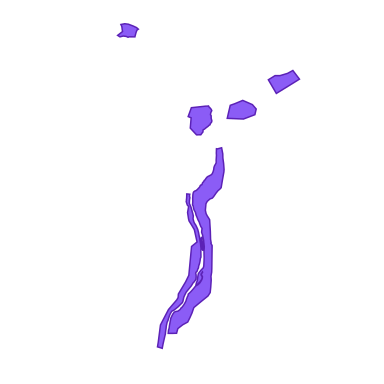 Aswan, Aswan, Egypt (Albers equal-area conic projection), rotated 187°
{"feature_id": "37247803B17658865613215", "entity_name": "Aswan", "entity_type": "district", "adm_level": 2, "iso_a3": "EGY", "parent_name": "Egypt", "parent_adm1": "Aswan", "projection": "albers", "projection_center": [32.887, 24.103], "detail": "fine", "context": "isolated", "style": "filled", "palette": "violet", "viewbox_px": 384, "rotation_deg": 187, "n_neighbors": 0, "source": "geoboundaries", "source_scale": "gbopen_adm2", "svg_char_len": 5189}
<svg xmlns="http://www.w3.org/2000/svg" viewBox="0 0 384 384"><g transform="rotate(187 192 192)"><path d="M173.0,237.9L173.0,237.5L172.9,236.7L172.8,235.9L172.6,233.5L172.2,231.4L171.9,226.4L171.7,225.2L171.6,223.8L172.1,222.4L172.8,220.9L173.0,220.0L173.2,219.2L173.2,216.9L173.5,214.9L174.0,213.1L174.7,211.7L175.5,211.1L176.9,210.1L177.9,209.5L179.0,208.5L179.9,207.0L180.5,205.7L181.3,204.9L181.7,203.6L182.3,203.0L182.8,202.0L182.9,201.0L183.3,200.2L183.7,200.2L184.2,199.9L184.6,199.4L184.8,198.5L185.3,197.4L186.1,196.4L187.0,195.1L188.3,193.8L189.5,193.2L190.4,192.2L190.7,191.1L190.8,189.4L190.5,185.3L190.2,183.7L190.0,181.5L189.9,179.3L189.1,178.2L188.6,176.5L187.8,174.5L186.1,172.2L185.2,169.7L184.1,167.8L182.7,165.2L181.1,162.9L180.6,161.7L179.1,158.9L178.3,157.9L177.6,157.1L177.6,155.3L177.6,153.9L177.5,153.0L176.3,150.7L175.8,149.1L174.6,145.6L174.2,143.6L173.7,141.7L173.2,139.6L173.0,137.6L172.9,134.7L172.5,131.8L172.0,128.7L171.7,125.4L171.4,121.5L171.3,119.8L171.6,118.0L172.2,117.4L172.9,116.3L173.7,115.3L175.2,112.7L175.7,111.8L175.9,109.2L175.9,107.1L176.0,104.5L176.3,103.3L176.6,102.1L176.8,100.0L176.3,100.2L175.5,100.8L174.5,102.1L173.0,104.0L172.5,105.1L172.0,105.9L171.7,106.7L171.5,107.8L171.5,108.2L171.5,109.0L171.9,109.6L172.5,110.2L172.8,110.7L173.0,111.3L172.9,111.8L172.8,112.2L172.7,112.3L172.4,112.6L172.2,113.2L172.1,113.6L171.9,114.0L171.7,113.7L172.1,112.8L172.5,112.2L172.6,111.3L172.4,110.8L172.1,110.2L171.6,109.8L171.3,109.2L171.3,108.5L171.3,107.5L171.5,106.6L172.0,105.0L172.5,104.2L172.9,103.1L173.6,102.2L174.3,101.3L174.9,100.6L175.7,100.1L176.3,99.6L176.7,99.3L177.1,98.9L177.9,97.6L178.9,96.0L179.7,94.8L181.1,92.8L181.9,91.8L182.9,90.6L183.3,90.1L183.3,88.6L183.8,87.5L184.1,86.2L184.4,85.0L184.7,83.2L185.2,81.7L185.6,80.8L186.2,79.3L186.8,78.2L187.2,77.5L187.7,76.7L188.1,76.0L188.8,75.5L189.2,74.4L189.9,73.5L191.5,72.0L192.2,71.8L193.6,71.4L195.0,70.6L195.6,69.4L196.2,68.4L197.0,66.1L197.4,64.8L197.6,64.4L197.8,61.6L198.0,58.2L198.1,56.8L198.1,55.5L198.1,55.0L198.1,54.0L198.5,52.0L198.4,48.8L196.7,49.0L194.1,49.3L191.5,49.7L190.3,49.9L190.1,49.9L189.4,54.7L185.0,59.1L180.4,62.4L178.8,66.9L177.3,71.8L176.1,77.5L169.5,84.5L163.5,90.7L161.7,94.4L161.8,99.5L162.2,106.9L162.9,110.7L162.7,114.8L163.0,118.3L165.5,141.3L167.0,143.4L166.8,143.9L167.8,147.3L168.3,150.6L169.0,155.2L170.1,161.1L171.1,166.6L172.4,168.3L174.0,170.2L175.4,172.3L176.5,175.5L176.6,178.9L176.7,182.1L175.7,184.6L173.3,187.3L171.1,188.4L170.0,190.0L167.9,194.0L166.2,196.7L164.9,198.0L163.6,199.8L163.2,208.7L162.8,215.7L162.9,218.2L164.1,224.2L165.5,229.5L166.1,233.6L168.0,239.5L172.3,237.8L173.0,237.9L173.0,237.9ZM197.0,189.4L196.8,187.9L196.6,185.2L196.6,183.7L196.5,182.4L196.6,181.8L195.1,178.5L193.6,177.2L193.9,171.1L192.2,165.0L191.4,162.9L188.0,158.7L185.1,154.9L180.9,143.0L185.8,137.9L185.0,108.9L187.4,102.0L189.9,96.3L193.1,89.1L192.9,85.6L193.9,83.2L201.0,72.5L207.1,56.2L207.2,38.6L207.4,34.1L203.4,33.4L202.5,33.2L202.2,37.7L201.7,42.7L201.3,46.5L201.1,47.9L201.2,49.1L201.2,51.7L201.1,53.7L201.2,55.8L201.0,57.8L200.8,59.9L200.2,61.5L200.0,63.0L199.3,66.4L198.9,68.0L198.4,69.2L197.9,70.5L197.3,71.4L195.4,72.6L194.2,73.9L192.2,75.9L191.4,76.8L190.4,78.1L189.6,79.1L188.1,81.0L187.7,82.3L187.4,85.7L187.2,87.0L186.0,90.7L185.6,91.8L184.6,93.4L182.6,96.6L181.2,98.8L179.9,101.8L179.6,102.2L179.1,102.8L178.0,104.7L177.6,105.8L177.5,108.1L177.9,110.4L178.4,111.6L178.3,112.8L177.4,113.6L177.1,114.9L176.8,116.4L176.3,117.5L176.4,118.6L176.2,120.1L175.8,122.1L175.6,124.6L175.6,125.9L175.6,127.0L175.2,128.4L175.5,130.9L176.0,134.2L176.1,136.7L176.5,138.3L176.9,140.1L177.3,141.9L178.0,144.2L178.8,147.2L179.2,148.3L179.9,150.5L180.7,153.0L181.8,155.7L183.2,158.0L184.4,159.8L185.8,161.4L186.5,162.6L187.7,165.6L187.8,168.4L188.6,170.7L190.8,176.0L191.4,177.3L192.4,179.0L192.7,179.5L193.1,180.0L193.3,181.1L193.4,182.5L193.5,183.8L193.4,185.9L193.5,186.6L193.9,187.2L194.0,187.8L194.0,188.5L193.9,189.5L194.8,189.5L196.1,189.5L197.0,189.4ZM190.2,249.9L190.0,250.3L189.1,251.9L188.5,252.8L188.5,253.9L188.6,254.7L188.4,255.2L187.3,255.9L186.2,257.1L185.4,257.9L184.2,259.0L183.1,260.4L182.3,260.9L182.1,262.2L181.4,263.2L181.0,264.0L181.0,265.2L181.4,266.2L182.0,267.6L182.1,268.8L182.4,270.3L183.1,270.9L183.1,271.6L183.0,273.2L182.5,274.4L182.3,275.3L183.2,276.6L184.4,277.7L185.4,278.4L186.1,279.4L186.7,279.2L188.8,278.9L202.9,275.6L205.0,266.4L201.9,265.5L201.5,255.2L194.5,249.3L194.3,249.3L190.2,249.9ZM160.2,284.9L164.6,282.7L165.5,274.4L166.0,269.4L149.8,270.7L139.0,276.4L138.4,282.2L142.7,286.1L152.8,289.1L160.2,284.9ZM111.6,321.4L118.9,318.2L123.8,317.6L129.9,312.7L120.3,300.1L99.1,317.1L106.7,324.9L111.6,321.4ZM282.4,337.2L279.3,338.4L276.2,338.4L274.4,337.8L273.1,338.4L271.3,338.6L267.6,339.0L267.0,343.4L266.4,345.9L265.1,347.1L266.2,347.8L267.0,348.4L270.7,349.6L275.6,350.8L277.6,350.8L279.3,350.8L283.0,349.6L281.8,347.7L281.1,344.9L280.5,342.8L284.9,338.4L282.4,337.2ZM176.8,147.6L177.1,148.7L177.3,146.9L177.3,146.6L176.4,141.0L176.4,140.8L175.9,139.5L174.6,136.2L173.9,135.0L174.0,137.1L174.4,138.7L174.9,140.6L175.2,142.3L176.0,144.6L176.8,147.6Z" fill="#8b5cf6" stroke="#5b21b6" stroke-width="1.5"/></g></svg>